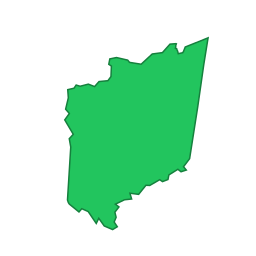 the district of Macon, North Carolina, United States of America, rotated 280°
{"feature_id": "52423323B76161354561754", "entity_name": "Macon", "entity_type": "district", "adm_level": 2, "iso_a3": "USA", "parent_name": "United States of America", "parent_adm1": "North Carolina", "projection": "robinson", "projection_center": [-83.41, 35.162], "detail": "fine", "context": "isolated", "style": "filled", "palette": "green", "viewbox_px": 256, "rotation_deg": 280, "n_neighbors": 0, "source": "geoboundaries", "source_scale": "gbopen_adm2", "svg_char_len": 1039}
<svg xmlns="http://www.w3.org/2000/svg" viewBox="0 0 256 256"><g transform="rotate(280 128 128)"><path d="M44.2,82.2L42.9,83.4L36.8,94.3L40.5,96.5L38.8,103.3L28.5,113.3L34.0,114.9L27.4,121.6L25.3,130.5L28.9,134.6L33.0,130.7L38.0,131.8L42.8,129.7L48.7,132.8L50.8,128.8L56.7,137.0L58.7,143.9L64.1,141.2L64.5,150.0L74.7,155.6L75.2,159.4L82.6,168.2L81.2,171.3L84.2,176.3L88.9,176.4L96.0,184.3L94.1,187.8L96.7,192.7L99.5,189.4L108.5,194.0L160.8,193.0L204.0,191.6L230.7,191.2L217.7,170.3L212.7,169.3L212.3,169.1L212.0,168.8L211.8,168.7L211.6,168.7L209.9,164.6L212.4,163.5L212.9,163.0L214.6,162.1L214.6,160.9L216.3,160.9L217.6,160.7L219.3,161.0L219.4,160.6L217.9,154.8L208.2,148.8L205.1,139.0L193.1,129.9L192.9,118.1L194.8,115.9L195.4,104.4L192.9,98.1L187.4,98.0L186.1,100.9L175.7,102.3L171.1,100.0L168.7,91.4L163.0,87.9L164.3,81.3L160.8,73.6L161.3,69.5L157.8,67.9L155.3,62.0L147.3,64.0L135.7,63.3L132.1,67.7L125.0,64.3L112.3,75.2L107.3,72.0L99.1,75.0L98.7,75.0L46.6,80.9L44.2,82.2Z" fill="#22c55e" stroke="#15803d" stroke-width="1.5"/></g></svg>